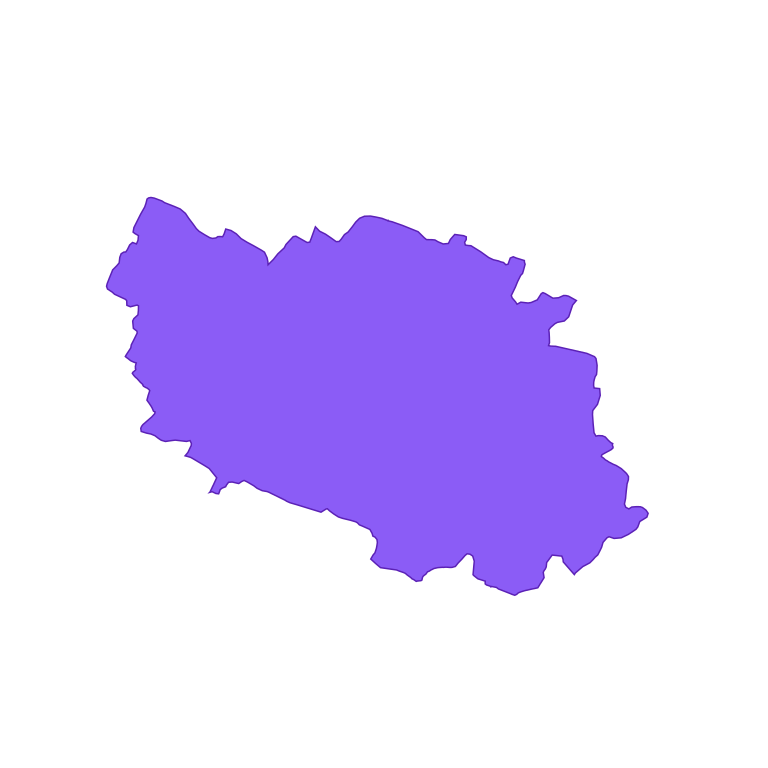 outline of Al Ma'ra, Idlib, Syria, rotated 24°
{"feature_id": "27442178B71280190344240", "entity_name": "Al Ma'ra", "entity_type": "district", "adm_level": 2, "iso_a3": "SYR", "parent_name": "Syria", "parent_adm1": "Idlib", "projection": "natural_earth1", "projection_center": [36.792, 35.566], "detail": "fine", "context": "isolated", "style": "filled", "palette": "violet", "viewbox_px": 768, "rotation_deg": 24, "n_neighbors": 0, "source": "geoboundaries", "source_scale": "gbopen_adm2", "svg_char_len": 6142}
<svg xmlns="http://www.w3.org/2000/svg" viewBox="0 0 768 768"><g transform="rotate(24 384 384)"><path d="M617.2,345.4L615.1,345.3L611.8,344.2L607.7,342.4L604.5,342.5L600.9,343.9L598.8,345.4L595.7,343.1L591.2,335.2L586.9,327.1L585.5,323.4L587.3,315.8L586.2,306.5L582.9,300.5L577.6,302.2L576.1,300.1L574.8,296.9L574.3,294.5L573.9,291.5L574.3,288.9L573.2,285.6L571.1,280.3L569.3,277.5L567.3,274.5L565.2,273.4L556.9,273.5L525.6,279.7L520.8,281.6L518.7,282.0L518.4,279.0L516.1,274.1L514.0,270.0L512.5,267.5L513.2,264.6L515.5,259.6L517.3,257.2L523.1,253.1L525.4,247.5L524.2,235.1L525.8,229.5L516.9,228.7L514.2,229.2L512.1,230.1L508.4,234.2L503.4,236.9L494.5,235.8L492.0,235.9L490.9,237.5L489.8,244.8L485.3,249.7L482.7,251.4L475.7,253.6L473.1,257.0L470.8,255.5L466.0,253.2L464.3,251.4L464.6,242.2L464.4,236.1L464.7,229.1L465.6,226.7L465.2,223.5L464.2,217.2L462.7,215.5L462.0,214.1L453.8,215.1L450.3,215.2L448.1,217.6L448.6,224.1L446.8,225.5L443.8,224.4L441.0,224.9L438.5,225.0L433.4,226.0L428.3,225.9L418.7,223.9L407.2,222.3L404.7,223.2L401.8,224.0L400.0,221.7L400.4,218.6L399.3,216.1L396.5,216.1L387.8,218.6L386.6,222.4L385.8,225.0L385.7,229.4L381.1,232.0L375.5,232.1L372.0,231.7L369.3,232.6L364.1,234.8L361.2,234.0L353.2,231.0L336.5,231.6L325.4,232.5L321.2,233.3L321.1,232.9L320.5,233.2L314.8,233.5L309.0,234.7L303.3,236.1L297.9,238.7L294.3,242.5L292.3,247.6L291.1,253.2L289.4,259.8L287.1,263.6L286.0,269.2L285.1,272.0L282.4,273.4L276.2,272.1L269.6,270.9L263.0,270.6L257.4,268.3L258.3,280.4L258.5,284.6L256.2,286.0L243.4,284.8L241.1,286.3L237.7,296.4L237.5,300.2L234.1,308.2L232.3,315.2L229.6,322.2L228.1,319.4L225.9,316.3L221.2,312.2L217.4,311.6L208.1,310.7L201.2,310.2L194.3,309.3L188.0,306.9L181.8,306.0L176.4,306.8L176.9,312.0L176.7,315.1L174.7,315.8L172.3,316.9L171.0,319.0L168.0,320.8L165.3,321.2L159.4,320.6L152.9,319.7L149.4,318.4L144.8,315.7L138.1,312.0L133.2,308.9L126.6,307.0L120.0,307.1L109.8,307.6L106.8,307.1L98.6,307.6L95.2,308.4L93.2,309.8L92.3,311.4L93.1,316.0L93.4,319.7L92.6,327.9L92.5,329.9L91.9,342.8L93.0,347.3L95.3,347.9L99.3,348.3L100.8,352.7L100.9,356.7L96.7,357.0L95.1,360.4L94.9,365.5L94.4,368.4L92.7,369.3L90.9,371.9L91.1,375.7L92.8,381.1L91.8,384.6L89.7,390.1L89.8,392.0L90.0,398.6L90.3,404.9L90.8,407.6L92.8,409.7L98.4,410.6L101.3,411.6L113.5,411.8L115.1,412.6L117.1,416.7L120.9,416.6L125.2,413.2L126.4,412.3L127.9,412.4L129.7,416.7L131.1,420.9L128.9,426.0L128.8,428.7L132.4,435.1L136.8,436.2L137.8,437.8L137.5,445.4L137.2,451.0L138.0,454.0L136.7,462.0L136.5,464.1L137.8,464.5L139.4,464.8L140.2,465.0L142.8,465.7L143.9,465.8L145.1,465.8L145.7,465.8L146.3,465.8L147.1,465.8L147.8,465.7L148.3,465.6L149.1,465.5L149.3,467.1L149.5,468.1L149.8,469.4L150.1,469.9L150.5,470.4L150.5,470.8L151.2,471.4L151.3,472.5L150.7,473.6L150.6,474.0L149.9,475.2L149.7,476.6L151.0,477.4L152.1,478.0L153.4,478.6L154.4,479.0L156.0,479.4L158.7,480.6L160.6,481.5L163.9,482.6L164.2,483.2L164.8,483.6L165.3,483.9L165.8,483.9L166.8,484.0L167.3,484.1L167.6,484.1L169.4,484.1L171.4,484.6L172.7,485.3L173.2,490.3L174.0,495.2L175.5,496.1L176.9,496.9L180.1,498.9L181.9,500.2L184.5,502.6L186.2,502.6L186.6,504.4L185.2,508.6L180.3,519.1L179.8,521.2L179.8,523.4L181.5,526.1L186.8,525.5L187.8,525.3L191.4,524.5L195.8,524.4L199.9,525.4L203.4,526.0L207.7,525.4L210.2,523.8L213.6,521.7L216.1,520.2L226.9,516.8L229.8,514.6L232.2,516.6L232.9,518.6L232.8,521.6L232.7,526.3L231.5,530.5L232.3,530.4L233.3,530.2L236.3,529.8L237.4,529.7L239.6,529.9L251.5,531.3L253.9,531.6L258.7,532.3L269.3,537.7L269.2,544.2L269.2,546.0L269.1,547.0L269.1,549.0L269.0,552.2L269.0,553.3L268.8,553.9L270.8,552.3L275.0,552.4L277.6,551.6L277.6,550.8L277.4,548.0L277.3,547.1L278.6,544.8L281.1,542.3L281.2,540.3L282.0,537.0L285.2,535.3L289.4,534.5L291.8,534.0L293.7,530.9L295.4,529.0L299.0,529.1L306.3,529.9L310.5,530.9L316.1,531.0L321.0,529.8L323.1,529.7L324.8,529.8L341.0,530.4L342.7,530.7L346.5,530.7L353.8,529.7L378.6,526.7L382.0,521.7L383.0,521.0L385.8,522.0L391.1,523.2L396.4,524.0L400.7,523.6L408.3,522.2L410.4,521.9L414.2,521.4L416.2,521.6L418.8,522.7L421.7,522.6L430.3,522.6L434.0,525.4L435.7,527.5L438.0,527.5L440.8,528.9L442.4,531.5L443.2,534.3L443.9,537.2L444.4,541.9L443.6,544.6L443.1,549.3L449.1,551.3L455.5,553.2L470.0,549.1L470.9,548.8L473.9,548.7L478.4,548.3L480.4,548.3L481.8,548.7L482.7,549.0L485.1,549.5L487.1,549.9L488.8,550.6L490.5,550.6L491.3,550.7L493.7,551.2L494.7,550.4L497.8,548.6L498.4,547.7L497.8,544.9L498.0,543.6L498.7,542.1L499.5,540.9L499.9,539.1L500.1,537.8L501.1,537.0L501.9,535.9L502.7,534.6L503.7,533.5L504.6,532.3L507.8,529.9L510.4,528.5L511.9,527.7L513.2,527.2L514.3,526.5L516.2,525.7L518.5,524.9L519.7,524.4L520.8,523.8L521.2,523.5L522.6,522.3L523.3,521.8L523.6,521.0L524.5,517.5L526.4,512.3L527.8,507.7L529.0,505.3L531.8,504.5L535.0,505.1L538.5,509.1L542.9,522.0L544.0,522.5L547.8,523.5L549.1,523.8L552.4,523.4L555.2,523.1L556.7,522.9L557.1,524.1L557.8,525.5L559.5,525.9L563.0,525.5L564.2,525.9L564.6,525.2L565.1,525.1L569.5,524.1L571.9,524.7L584.7,524.1L586.5,524.1L589.4,523.8L590.8,522.2L591.2,521.2L591.6,520.3L592.1,519.7L592.8,519.0L593.6,518.2L595.2,516.8L596.1,516.0L598.0,514.5L598.5,514.2L600.2,512.9L601.9,511.6L603.7,510.3L604.6,509.7L607.4,507.6L607.6,506.1L607.8,504.8L607.9,503.5L608.2,501.8L608.4,500.3L608.6,498.8L608.9,496.7L609.0,495.8L606.1,491.3L606.1,489.6L606.6,487.3L606.6,485.1L605.9,483.0L605.2,480.9L605.6,479.3L607.2,471.9L611.2,470.6L611.8,470.4L614.4,469.6L616.4,468.9L618.9,471.4L620.1,473.6L635.4,480.7L635.7,478.7L636.3,477.5L639.9,469.9L642.1,467.1L644.8,463.6L646.5,459.2L647.3,456.5L648.8,453.2L649.1,448.0L649.2,444.6L648.5,439.6L650.3,433.7L651.7,432.0L657.0,431.5L663.3,428.0L668.4,422.0L673.3,414.3L674.0,411.4L673.6,405.6L676.0,402.1L678.3,398.7L677.9,394.7L674.7,392.7L670.4,391.7L668.0,391.9L664.3,393.5L660.4,395.6L658.5,398.5L655.0,398.3L652.5,395.9L651.3,390.5L649.9,386.4L648.9,383.4L646.7,376.4L646.2,372.1L645.0,369.1L641.9,367.1L635.2,364.8L629.3,364.0L626.0,364.1L623.2,363.9L621.0,363.8L619.1,363.4L617.2,363.3L614.7,362.4L612.1,361.9L611.9,361.4L611.9,359.9L614.0,357.1L618.3,351.5L619.2,349.4L618.9,348.4L617.4,346.9L617.2,345.4Z" fill="#8b5cf6" stroke="#5b21b6" stroke-width="1.5"/></g></svg>